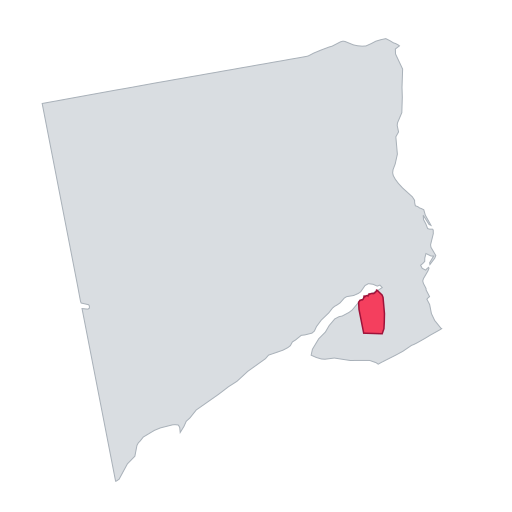 location of Ras Sidr, Janub Sina', Egypt, rotated 79°
{"feature_id": "37247803B11741715008069", "entity_name": "Ras Sidr", "entity_type": "district", "adm_level": 2, "iso_a3": "EGY", "parent_name": "Egypt", "parent_adm1": "Janub Sina'", "projection": "robinson", "projection_center": [32.786, 29.599], "detail": "fine", "context": "in_parent", "style": "filled", "palette": "rose", "viewbox_px": 512, "rotation_deg": 79, "n_neighbors": 0, "source": "geoboundaries", "source_scale": "gbopen_adm2", "svg_char_len": 4395}
<svg xmlns="http://www.w3.org/2000/svg" viewBox="0 0 512 512"><g transform="rotate(79 256 256)"><path d="M450.3,436.8L439.7,436.8L429.1,436.8L418.5,436.8L407.9,436.8L397.2,436.8L386.6,436.8L376.0,436.8L365.4,436.8L354.8,436.8L344.2,436.8L333.5,436.8L322.9,436.8L312.3,436.8L301.7,436.8L291.1,436.8L280.4,436.8L274.4,436.8L275.4,433.5L276.1,431.1L275.4,429.5L273.3,429.1L271.9,429.6L268.8,436.6L267.1,436.9L263.3,436.9L250.9,436.8L238.6,436.8L226.2,436.8L213.9,436.8L201.5,436.8L189.1,436.8L176.8,436.8L164.4,436.8L152.0,436.8L139.7,436.8L127.3,436.8L114.9,436.8L102.6,436.8L90.2,436.8L77.8,436.8L65.5,436.8L65.6,428.4L65.7,420.0L65.8,411.6L65.9,403.2L66.0,394.8L66.1,386.4L66.2,378.0L66.3,369.5L66.4,361.1L66.6,352.7L66.7,344.3L66.8,335.9L66.9,327.5L67.0,319.1L67.2,310.7L67.3,302.3L67.5,293.9L67.6,285.5L67.8,277.1L67.9,268.6L68.1,260.2L68.2,251.8L68.4,243.4L68.5,235.0L68.7,226.6L68.8,218.2L69.0,209.8L69.1,201.4L69.3,193.0L69.4,184.6L69.6,176.2L69.7,167.7L69.5,166.2L67.8,160.5L66.3,153.2L64.8,144.3L64.6,141.4L61.9,132.2L61.7,129.6L62.4,127.7L67.4,120.0L69.0,116.2L70.3,111.7L70.8,108.0L69.5,102.4L68.0,97.4L67.5,92.2L67.4,87.1L70.0,83.7L73.0,80.4L74.1,78.4L75.9,76.2L77.1,75.1L79.4,79.7L84.3,80.5L100.5,76.4L118.3,80.5L128.1,82.1L143.1,85.5L152.3,91.7L154.8,92.5L161.4,92.4L165.7,96.0L183.0,97.8L192.2,101.8L197.4,105.0L200.5,106.0L203.3,105.9L207.1,104.7L211.9,102.4L217.1,99.2L227.8,91.2L231.6,89.7L234.1,90.1L237.1,90.0L238.4,87.8L240.0,86.3L241.0,84.6L242.6,82.5L248.2,82.0L259.3,78.4L258.1,80.1L247.9,84.1L252.2,84.6L256.7,83.2L261.8,82.3L262.7,80.7L263.4,77.5L264.4,77.1L267.9,77.7L278.3,82.5L280.9,82.6L288.2,80.0L289.8,79.4L292.2,80.9L297.6,86.9L295.7,86.8L289.9,81.6L289.4,84.2L286.0,88.7L290.2,90.7L293.5,91.4L295.3,93.9L296.5,96.2L299.8,95.2L302.2,92.2L300.9,90.4L300.1,88.7L301.2,88.6L303.5,90.1L310.1,95.9L312.3,97.1L314.9,96.9L320.3,95.3L321.8,95.5L329.0,93.4L329.8,94.9L331.0,96.5L336.8,94.8L346.0,94.8L353.4,92.9L362.1,88.3L362.7,87.6L363.2,88.7L364.3,91.9L366.9,99.9L369.2,106.1L372.1,114.8L373.0,118.1L373.4,120.4L377.5,129.9L380.0,137.8L381.8,144.2L384.4,153.4L385.5,156.7L383.7,158.4L380.2,164.4L376.5,183.6L371.1,198.6L370.5,208.0L369.6,211.4L367.1,216.2L363.9,220.8L358.3,218.4L349.2,210.2L343.9,202.4L338.2,197.4L332.8,190.7L331.4,186.0L331.4,182.9L329.1,175.4L327.3,171.8L320.8,163.8L318.9,159.6L317.5,157.7L316.1,155.0L313.7,144.7L311.1,138.1L308.2,139.9L308.7,142.7L306.1,146.5L304.6,150.9L305.8,154.6L311.1,160.1L312.2,162.5L313.4,167.7L313.2,174.8L314.1,177.3L318.1,182.5L319.5,185.7L320.4,188.4L321.7,190.8L325.7,195.4L331.4,204.2L336.8,210.1L340.8,213.0L342.4,215.8L342.8,223.2L342.5,226.7L346.0,233.3L347.3,236.7L350.6,239.4L352.1,242.5L353.6,247.6L355.7,262.6L358.6,266.3L367.6,286.0L375.3,298.5L379.0,307.8L384.6,319.1L395.7,344.0L402.3,351.7L404.9,356.0L409.6,359.3L414.8,364.1L409.9,363.6L408.7,363.9L407.0,364.7L406.1,367.7L405.8,370.0L406.5,382.6L407.8,389.1L412.2,401.2L415.4,404.9L417.0,407.2L419.2,409.0L429.4,413.1L435.5,421.9L449.0,433.0L450.3,436.1L450.3,436.8Z" fill="#d9dde1" stroke="#a8b0b8" stroke-width="1"/><path d="M352.3,165.0L356.4,147.0L351.8,144.3L345.4,142.7L337.1,140.9L321.0,139.2L320.3,139.3L318.3,139.7L314.8,142.2L313.5,143.1L312.9,143.4L312.8,143.7L312.5,144.2L312.9,144.4L313.4,144.4L313.5,144.5L313.7,144.8L314.0,145.3L314.2,145.8L314.4,146.1L314.6,146.1L314.8,146.3L314.9,146.7L315.1,147.1L315.3,147.4L315.3,147.7L315.3,148.1L315.1,148.3L315.0,148.6L315.1,149.0L314.9,149.4L314.9,149.6L314.8,149.8L314.8,150.1L315.0,150.8L315.1,151.4L315.1,151.6L314.9,151.8L314.8,152.0L314.8,152.3L315.2,152.4L315.4,152.5L315.6,152.6L315.8,152.9L315.9,153.3L316.0,153.5L316.1,153.9L316.2,154.0L316.3,154.0L316.2,154.1L316.1,154.4L316.1,154.8L316.1,155.0L316.1,155.4L316.0,155.5L316.2,155.9L316.5,156.4L316.3,156.6L316.1,157.0L316.0,157.4L316.0,157.6L316.3,157.6L316.3,157.3L316.3,157.2L316.5,156.9L316.6,156.7L316.7,156.8L316.9,157.0L316.9,157.4L317.1,157.7L316.9,157.7L316.8,157.8L317.0,157.9L317.0,158.0L317.3,158.1L317.5,158.2L317.8,158.4L318.1,158.5L318.4,158.8L318.6,159.0L318.9,159.2L319.0,159.3L319.2,159.6L319.4,160.1L319.3,160.4L319.2,160.5L319.1,161.0L319.2,161.3L319.3,161.4L319.4,161.5L319.5,161.8L319.5,162.1L319.4,162.2L319.3,162.3L319.5,162.6L319.6,162.8L319.8,162.9L320.0,163.0L320.3,163.3L320.6,163.6L320.7,163.8L320.8,163.9L320.9,164.1L328.1,165.1L352.3,165.0Z" fill="#f43f5e" stroke="#9f1239" stroke-width="1.5"/></g></svg>